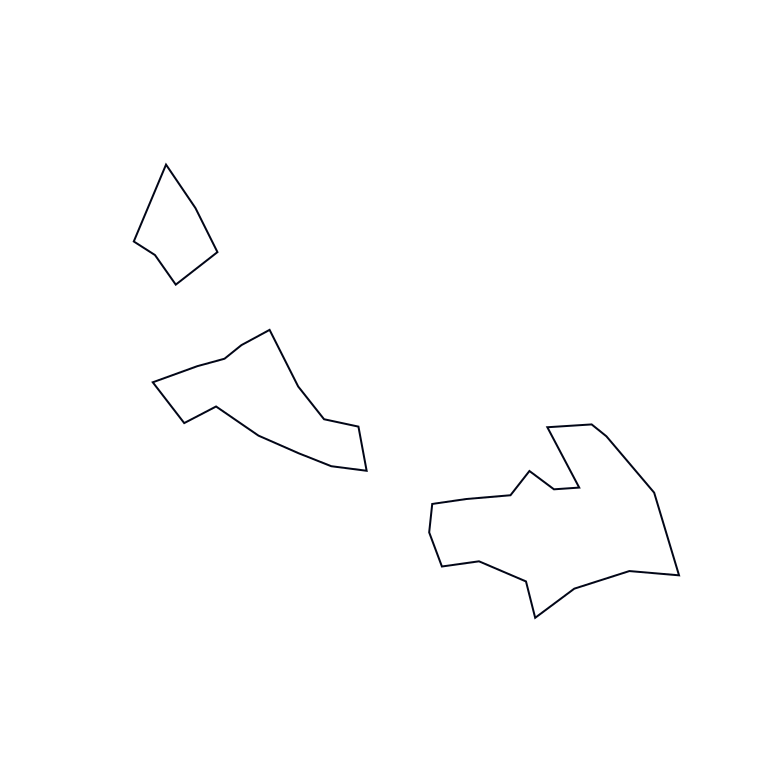 SVG path tracing the border of Schaan, rotated 160°
{"feature_id": "LIE-4896", "entity_name": "Schaan", "entity_type": "state/province", "adm_level": 1, "iso_a3": "LIE", "parent_name": "Liechtenstein", "parent_adm1": "", "projection": "robinson", "projection_center": [9.557, 47.13], "detail": "fine", "context": "isolated", "style": "outline", "palette": "ink", "viewbox_px": 768, "rotation_deg": 160, "n_neighbors": 0, "source": "natural_earth", "source_scale": "10m", "svg_char_len": 660}
<svg xmlns="http://www.w3.org/2000/svg" viewBox="0 0 768 768"><g transform="rotate(160 384 384)"><path d="M392.0,192.7L392.3,229.1L379.7,254.8L346.1,247.8L303.2,236.2L277.1,252.5L260.3,226.9L236.0,219.9L245.3,287.5L202.7,275.0L192.9,258.8L167.3,189.5L172.2,103.3L217.4,124.3L275.2,126.6L321.9,112.6L318.1,149.9L355.4,184.9L392.0,192.7ZM585.1,415.6L600.7,464.7L553.2,464.6L525.2,462.3L504.7,469.3L473.0,474.0L465.5,411.0L452.4,371.4L422.6,352.7L430.0,308.4L461.7,324.8L487.9,348.1L519.6,378.4L549.5,420.3L585.1,415.6ZM570.4,603.5L513.8,664.7L501.0,613.8L495.4,564.9L545.7,548.6L555.1,583.5L570.4,603.5Z" fill="none" stroke="#020617" stroke-width="2"/></g></svg>